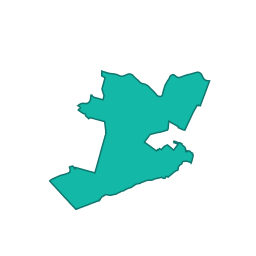 Zuidplas, Zuid-Holland, Netherlands (Mercator projection), rotated 241°
{"feature_id": "6326949B74925869781753", "entity_name": "Zuidplas", "entity_type": "district", "adm_level": 2, "iso_a3": "NLD", "parent_name": "Netherlands", "parent_adm1": "Zuid-Holland", "projection": "mercator", "projection_center": [4.603, 52.0], "detail": "fine", "context": "isolated", "style": "filled", "palette": "teal", "viewbox_px": 256, "rotation_deg": 241, "n_neighbors": 0, "source": "geoboundaries", "source_scale": "gbopen_adm2", "svg_char_len": 5491}
<svg xmlns="http://www.w3.org/2000/svg" viewBox="0 0 256 256"><g transform="rotate(241 128 128)"><path d="M81.9,43.8L82.1,43.9L82.0,44.1L81.9,44.4L81.9,44.8L80.1,57.1L80.1,57.5L79.9,59.2L79.6,60.9L79.5,61.4L79.2,62.7L79.2,63.4L79.2,64.0L78.9,65.1L78.7,66.5L78.8,67.3L78.4,67.4L78.7,68.1L78.7,68.5L78.9,68.9L79.3,68.8L80.4,72.0L80.5,76.3L77.6,80.0L75.9,86.1L76.0,88.2L75.9,88.8L75.8,89.9L75.9,91.5L75.8,92.0L75.7,92.4L75.5,92.9L75.3,93.4L75.2,93.6L75.3,94.5L75.3,95.8L75.3,96.8L75.2,98.4L75.2,98.7L74.7,101.1L74.5,101.8L74.5,102.9L74.7,103.9L74.8,105.7L75.0,107.4L74.9,107.9L74.8,108.5L74.4,109.9L74.3,110.5L74.1,110.8L73.8,111.4L73.7,111.6L73.7,112.0L73.8,112.4L73.9,112.7L73.9,113.4L73.5,115.2L73.3,117.0L73.1,118.3L73.0,118.9L72.9,119.4L72.5,120.3L72.2,120.9L71.3,122.6L71.0,123.3L70.8,123.9L70.6,124.6L70.6,124.9L70.6,125.6L70.7,126.0L68.6,133.4L67.5,134.1L66.5,135.0L66.3,135.5L66.1,136.0L66.7,137.0L67.0,137.4L67.3,138.0L67.0,138.3L66.5,138.7L65.7,139.1L65.6,139.3L65.5,139.5L65.8,140.3L66.0,141.1L66.4,143.4L67.0,146.5L67.3,148.9L67.3,149.4L67.0,150.5L67.0,150.8L67.0,151.0L67.3,151.5L67.7,151.9L68.0,152.2L68.2,152.3L68.4,152.4L69.0,152.7L69.3,152.9L69.4,153.1L70.0,154.2L70.5,155.6L70.5,155.9L70.5,156.1L70.5,157.2L70.5,157.5L71.5,158.7L72.0,159.2L72.1,159.3L72.0,160.2L71.7,160.7L70.9,162.6L70.8,162.9L70.5,163.3L69.1,164.7L68.1,165.6L67.3,166.0L67.0,166.1L66.7,166.1L67.1,166.7L68.4,167.9L68.4,168.0L68.6,168.3L72.4,171.7L72.6,171.8L72.9,171.7L73.5,171.8L74.3,171.7L74.4,171.8L74.5,171.9L74.6,172.0L74.4,172.2L74.5,172.3L75.9,171.4L77.7,170.8L78.0,170.7L78.2,170.3L78.2,170.2L78.6,169.9L78.5,169.4L79.0,169.1L78.5,168.4L78.9,168.1L79.6,167.4L80.1,168.0L80.5,167.7L80.3,167.5L81.2,167.7L81.3,168.0L82.2,168.3L82.5,168.2L83.6,168.4L85.1,167.9L86.5,167.3L87.7,167.1L88.0,167.5L88.4,167.2L89.7,166.4L90.1,166.0L89.9,165.7L90.7,165.0L91.0,164.7L94.2,161.9L93.8,161.3L93.2,161.8L92.8,161.2L90.1,163.7L89.7,163.4L89.4,163.6L86.5,157.3L94.1,154.3L94.3,152.4L94.3,151.9L94.3,151.1L94.1,150.2L93.9,149.3L93.6,148.5L93.3,147.7L92.7,146.8L94.8,145.5L94.0,143.7L94.8,143.3L94.1,141.8L107.7,135.5L109.7,140.0L111.4,143.6L111.5,144.0L111.5,144.3L111.5,144.5L111.3,145.5L109.6,151.9L109.5,152.3L109.1,153.0L108.9,153.5L108.0,157.3L107.7,158.7L107.5,159.2L107.5,159.4L107.6,159.9L107.6,160.0L107.3,160.5L107.2,160.9L107.1,161.2L107.1,161.4L107.2,161.6L107.3,161.8L107.4,162.1L107.7,162.5L108.2,162.9L114.2,167.0L113.4,167.6L113.1,167.8L112.3,168.0L112.1,168.1L109.7,169.7L105.9,172.0L104.5,172.7L104.3,172.6L104.0,172.2L103.9,172.2L99.8,175.2L99.6,175.4L99.3,175.9L99.2,176.0L98.8,176.4L98.9,176.5L98.6,176.7L110.0,192.4L114.0,198.9L114.4,199.4L113.4,200.3L113.4,200.5L113.7,200.8L112.4,202.0L114.2,204.1L115.1,205.1L115.6,205.8L116.3,206.5L121.8,213.0L129.7,222.2L130.2,221.4L130.6,220.7L131.1,220.1L131.5,219.6L132.0,219.2L132.4,218.9L132.9,218.6L133.4,218.4L134.0,218.2L135.0,218.1L136.3,218.1L138.1,218.2L139.8,218.2L140.1,218.1L140.6,218.0L141.1,217.7L141.7,217.4L142.3,216.9L142.6,216.6L142.8,216.3L143.0,216.0L143.1,215.7L143.4,215.0L144.9,208.5L145.6,206.4L145.9,205.2L146.3,202.9L146.5,201.6L146.8,199.7L147.0,198.5L147.1,198.0L147.3,197.4L147.6,196.8L147.8,196.5L148.3,195.9L148.8,195.6L149.3,195.2L149.6,195.1L151.6,194.3L152.2,193.9L152.6,193.5L152.9,193.0L153.1,192.6L153.1,192.3L153.1,191.8L153.1,191.2L153.0,190.9L152.9,190.3L152.7,189.8L152.4,189.3L152.1,188.9L151.4,188.2L151.1,187.7L149.9,185.1L148.7,183.4L148.1,182.1L147.5,181.3L145.9,179.6L144.4,178.0L141.1,174.9L140.5,174.4L140.1,173.9L139.9,173.5L139.8,173.2L139.7,172.7L139.7,172.2L139.8,171.7L140.0,171.4L140.3,170.9L140.6,170.6L141.0,170.1L141.3,169.8L142.1,169.3L142.9,169.1L145.0,168.7L146.2,168.5L149.0,167.7L150.8,167.1L153.9,166.3L155.3,165.8L156.7,165.1L157.4,164.6L158.2,163.9L159.6,162.4L160.1,161.9L161.0,161.2L161.7,160.8L162.1,160.6L162.9,160.4L164.5,160.0L166.9,159.1L168.7,158.5L169.4,158.3L171.8,157.7L172.6,157.3L173.2,157.0L173.7,156.6L174.2,156.0L174.7,155.3L175.0,154.4L175.1,153.7L175.3,152.9L175.4,151.2L175.6,150.0L175.7,149.3L175.8,148.8L176.0,148.3L176.2,147.8L176.4,147.4L176.7,147.0L177.1,146.6L177.6,146.1L179.3,144.8L180.1,144.2L181.6,142.5L182.0,142.1L182.9,140.7L183.9,139.4L184.8,138.1L185.1,137.8L189.5,133.5L190.5,132.7L186.4,130.3L183.1,132.3L174.7,124.1L167.8,122.7L164.8,119.8L171.0,113.5L171.5,113.1L171.9,112.8L172.3,112.6L173.0,112.4L173.7,112.3L174.2,112.3L174.2,112.2L174.7,111.5L172.8,110.2L170.5,108.4L170.2,108.0L170.0,107.7L169.9,107.5L169.8,107.3L169.6,106.8L169.4,106.1L169.3,105.4L169.3,104.9L169.3,104.5L169.4,104.1L169.6,103.5L169.6,103.3L170.0,102.7L170.9,101.4L171.4,100.6L171.8,99.7L172.0,98.7L172.1,97.6L172.1,96.8L172.0,96.0L171.9,95.6L171.8,95.0L170.9,95.6L169.7,96.1L169.4,96.2L169.1,96.2L168.9,96.1L168.6,96.0L168.4,95.8L168.1,95.3L168.3,93.8L167.8,93.2L165.6,94.2L163.0,95.6L162.5,95.9L162.1,96.3L161.4,97.0L161.1,97.4L159.2,96.9L155.9,98.0L155.3,98.0L155.3,99.6L155.2,99.6L155.1,100.3L144.9,110.7L135.6,106.9L135.1,106.4L134.9,106.6L134.3,106.4L120.0,92.2L119.9,92.2L104.8,77.3L119.1,62.7L118.1,61.8L121.2,61.3L121.4,61.2L121.6,61.0L121.7,60.9L122.2,58.4L122.2,57.9L121.9,57.8L121.7,57.8L121.7,57.7L121.4,57.7L121.1,57.5L119.7,57.3L119.3,57.1L117.6,55.5L117.5,55.4L117.6,53.8L118.0,51.0L119.2,46.2L119.4,44.6L119.9,38.8L120.0,37.6L120.0,37.3L119.9,35.0L119.7,33.9L119.1,33.9L112.8,35.5L101.5,38.2L100.0,38.6L99.1,38.7L98.1,39.0L91.6,40.7L91.3,40.6L91.1,40.6L90.8,40.8L89.6,41.1L82.2,43.0L81.9,43.8Z" fill="#14b8a6" stroke="#0f766e" stroke-width="1.5"/></g></svg>